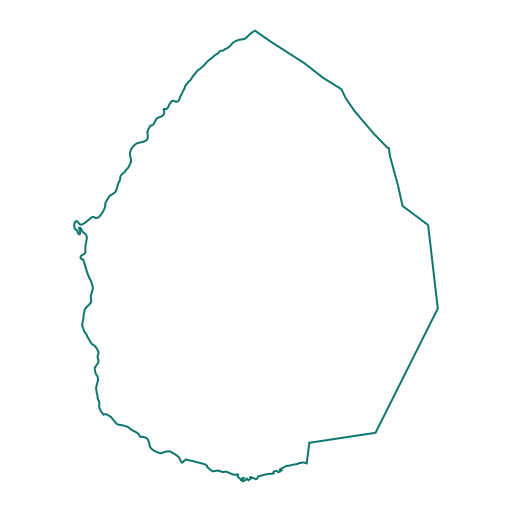 Petit Piton, Soufrière, Saint Lucia
{"feature_id": "8701671B87024407460992", "entity_name": "Petit Piton", "entity_type": "district", "adm_level": 2, "iso_a3": "LCA", "parent_name": "Saint Lucia", "parent_adm1": "Soufrière", "projection": "mercator", "projection_center": [-61.066, 13.834], "detail": "fine", "context": "isolated", "style": "outline", "palette": "teal", "viewbox_px": 512, "rotation_deg": 0, "n_neighbors": 0, "source": "geoboundaries", "source_scale": "gbopen_adm2", "svg_char_len": 5691}
<svg xmlns="http://www.w3.org/2000/svg" viewBox="0 0 512 512"><path d="M255.0,30.7L253.5,31.5L252.4,32.4L251.3,33.0L248.7,35.3L247.1,36.9L246.3,37.6L245.0,38.7L244.0,39.0L242.3,39.4L241.3,39.5L239.5,39.7L237.7,40.3L235.8,41.1L233.9,42.1L232.6,43.1L231.4,44.4L230.0,46.1L228.7,47.1L227.3,48.2L226.6,48.4L224.9,49.2L224.3,49.6L224.0,50.2L223.3,50.5L221.5,50.8L220.7,51.0L220.3,51.0L219.3,51.5L218.9,52.5L218.3,53.2L217.4,53.8L216.3,54.3L214.0,56.0L212.1,57.8L211.0,58.5L208.1,60.9L206.9,62.0L204.8,64.4L204.4,65.0L204.1,65.4L202.1,67.0L200.4,68.4L199.3,69.4L197.8,70.3L197.0,71.2L195.0,73.8L193.2,75.8L192.3,77.1L191.7,78.4L191.2,79.0L190.2,80.4L189.3,81.1L188.0,82.3L187.3,83.6L186.2,84.4L185.7,85.5L185.0,86.4L184.8,87.5L184.4,88.6L184.1,89.3L183.5,90.1L182.6,91.7L182.5,92.5L181.9,93.7L180.9,95.3L179.9,97.4L179.6,98.6L178.9,100.1L178.1,101.3L177.6,101.5L176.6,101.7L176.2,101.8L174.5,101.2L173.2,100.7L171.4,101.3L170.4,103.2L169.4,104.3L169.0,105.3L168.5,106.3L167.9,107.5L167.3,108.4L166.5,109.1L165.4,109.2L164.4,108.9L163.8,109.2L163.8,110.3L164.2,111.8L164.2,112.6L164.2,113.3L162.6,115.8L160.7,116.7L158.7,117.5L157.4,117.9L156.3,119.1L155.6,120.5L155.1,121.6L154.7,122.1L154.1,123.3L153.5,124.4L152.8,125.0L151.2,125.5L150.3,125.7L149.9,126.4L149.4,127.4L148.2,129.6L147.5,131.6L147.4,133.3L147.7,134.9L147.8,136.4L147.8,137.2L147.8,137.7L146.9,139.8L145.7,140.8L143.4,141.7L140.2,142.5L137.8,143.0L136.2,143.7L135.1,144.6L132.9,146.7L131.6,148.6L130.8,150.0L130.4,151.4L130.0,153.2L129.9,155.3L130.5,157.7L130.9,158.8L131.0,160.5L130.8,162.4L129.6,165.0L128.7,166.6L128.1,167.8L127.2,168.8L125.5,170.3L125.1,171.5L124.2,172.3L122.6,173.6L121.3,174.9L120.4,176.4L120.1,179.1L119.6,181.0L118.9,182.2L118.1,183.6L117.4,186.9L116.8,188.6L116.0,190.3L115.7,191.5L114.7,192.5L113.8,193.3L112.3,194.3L111.0,195.1L110.0,195.4L109.6,195.9L108.5,197.5L107.8,199.0L106.7,200.6L106.1,201.8L105.3,203.2L105.4,204.1L105.3,204.8L105.1,206.3L104.8,207.7L104.1,209.3L103.4,210.9L102.4,212.5L101.5,213.8L100.6,215.1L99.4,216.5L98.1,217.6L96.1,218.1L95.6,218.1L94.1,217.1L93.1,216.9L92.0,217.1L89.5,219.0L88.7,219.8L86.8,221.3L84.8,222.9L84.2,223.3L83.0,224.0L81.5,224.5L80.3,224.6L79.4,223.9L78.1,222.4L76.9,221.1L75.6,221.4L75.0,222.0L74.3,224.1L74.2,225.1L74.3,226.8L74.8,228.6L75.5,229.4L76.7,229.9L77.2,231.0L77.9,232.8L78.4,233.9L78.9,234.2L79.7,234.3L80.2,233.3L80.2,232.2L79.5,229.6L79.1,227.8L80.1,227.7L80.6,228.3L81.4,229.4L82.3,231.2L83.0,232.2L84.4,233.3L85.5,234.2L86.2,235.1L86.7,236.4L86.8,238.4L86.4,240.5L86.0,243.2L85.6,245.0L85.3,248.4L85.4,250.6L85.3,252.1L84.8,253.2L84.1,253.9L82.4,255.0L81.6,255.4L80.9,256.2L80.5,257.4L80.6,258.1L81.7,259.3L82.7,259.4L83.2,259.5L85.6,267.2L86.8,271.5L88.1,275.0L89.3,277.9L90.2,279.5L91.1,281.4L91.4,282.4L92.6,286.6L93.0,288.2L92.4,289.9L92.1,290.6L92.0,292.0L91.3,294.1L90.9,295.4L90.8,296.2L90.8,297.6L91.1,299.4L91.1,301.8L90.0,303.6L88.7,305.1L87.6,306.1L86.4,307.4L85.2,308.9L84.5,310.0L84.3,311.2L84.1,313.2L83.9,313.9L83.5,315.8L83.3,318.6L82.8,321.5L82.2,324.7L82.2,325.8L83.1,328.2L84.1,331.1L84.7,332.3L85.8,333.3L86.7,335.0L87.4,336.7L88.4,338.4L89.3,339.9L90.6,342.3L91.4,343.5L92.2,344.2L94.8,345.9L95.4,346.6L96.4,348.0L97.7,350.4L98.2,351.3L98.5,352.6L98.5,353.6L98.2,354.7L97.6,355.7L97.6,356.3L97.7,358.1L98.3,359.7L98.5,361.2L98.4,362.1L98.2,362.7L94.7,367.9L94.8,369.6L95.2,371.8L95.8,373.7L96.3,374.7L96.9,375.5L97.5,376.6L97.8,377.2L97.9,378.0L98.1,379.9L98.1,380.8L97.4,382.3L96.8,384.9L96.1,387.8L96.2,389.3L96.4,390.7L96.6,392.3L97.3,394.9L97.5,396.0L97.6,397.8L97.9,399.3L98.4,400.1L98.9,400.9L99.2,402.0L99.3,404.8L99.1,405.9L99.4,407.8L100.6,410.8L102.4,413.3L103.6,414.7L104.4,414.2L105.6,414.2L107.0,414.6L108.3,415.4L110.5,416.6L111.7,417.8L112.4,418.8L112.7,419.2L114.2,420.9L115.0,421.9L116.1,423.4L117.4,424.2L118.5,424.8L120.0,424.8L122.4,425.3L126.3,426.4L128.5,427.3L130.1,428.8L132.1,430.1L132.7,430.5L134.5,431.3L137.0,432.8L138.0,433.6L139.2,434.9L139.5,435.8L140.0,436.5L140.6,436.9L141.1,437.0L142.4,436.7L144.3,437.3L145.9,437.7L147.2,438.7L147.6,439.1L148.3,440.5L149.1,442.7L149.5,444.3L149.7,446.3L150.9,448.1L151.8,449.1L154.2,450.8L157.5,452.3L159.6,453.0L161.4,453.3L164.7,451.9L167.0,451.4L168.8,451.3L169.9,451.4L171.6,452.2L172.9,453.1L174.7,454.0L176.0,455.0L178.6,457.0L179.3,457.9L180.1,459.7L181.0,461.6L181.4,462.2L181.9,462.7L182.5,462.5L182.9,462.2L184.1,461.0L184.3,460.5L185.1,460.1L185.7,459.6L188.6,460.2L192.0,460.9L195.3,461.7L198.0,462.5L201.8,463.4L204.5,464.2L205.3,464.6L206.4,465.2L207.1,465.9L207.1,466.9L208.5,468.1L210.4,469.9L212.8,471.4L214.5,471.1L217.5,470.6L219.4,470.9L220.5,471.3L221.7,471.8L223.3,472.1L225.0,471.7L225.7,471.6L229.3,472.8L232.7,474.5L234.5,474.7L235.9,474.7L237.9,474.4L238.2,474.7L237.5,476.3L238.9,477.7L239.9,478.6L241.2,479.3L241.7,478.8L242.6,478.2L243.2,477.8L243.7,478.0L242.7,479.1L241.6,479.6L241.1,480.2L241.9,480.8L243.1,481.3L243.8,481.0L244.8,480.3L245.2,480.2L245.5,479.9L246.2,479.0L246.9,478.6L247.5,479.6L248.5,480.3L250.8,478.4L250.1,477.7L250.2,477.2L251.5,477.2L251.7,477.9L252.3,478.1L253.8,478.1L254.4,478.4L255.7,479.3L257.1,478.7L258.1,476.5L266.3,474.3L267.3,474.1L268.5,474.0L269.8,473.8L272.0,473.8L273.7,473.3L273.3,472.3L274.2,471.3L276.3,470.9L277.0,471.2L278.1,472.1L279.6,471.8L281.4,470.5L280.0,470.1L280.0,469.3L286.3,466.0L288.9,465.7L291.7,465.0L298.1,463.8L298.9,463.0L301.0,463.0L301.9,462.6L302.7,462.6L303.8,462.4L306.7,463.4L308.1,452.7L309.3,442.8L375.5,432.8L413.7,356.6L437.8,308.5L428.1,225.0L402.5,205.9L398.0,185.5L389.9,155.9L388.9,148.1L387.2,147.5L373.7,133.6L354.8,111.4L345.8,98.4L341.3,89.1L323.3,78.0L304.4,63.2L271.1,41.9L255.0,30.7Z" fill="none" stroke="#0f766e" stroke-width="2"/></svg>